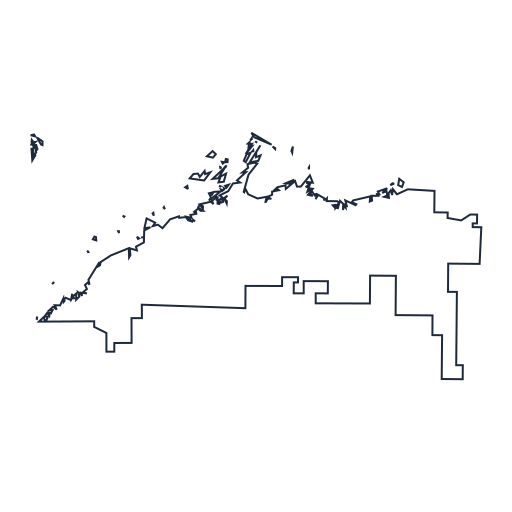 Karratha, Western Australia, Australia (orthographic projection)
{"feature_id": "25037944B65347816419811", "entity_name": "Karratha", "entity_type": "district", "adm_level": 2, "iso_a3": "AUS", "parent_name": "Australia", "parent_adm1": "Western Australia", "projection": "orthographic", "projection_center": [116.53, -21.039], "detail": "fine", "context": "isolated", "style": "outline", "palette": "slate", "viewbox_px": 512, "rotation_deg": 0, "n_neighbors": 0, "source": "geoboundaries", "source_scale": "gbopen_adm2", "svg_char_len": 6046}
<svg xmlns="http://www.w3.org/2000/svg" viewBox="0 0 512 512"><path d="M456.2,365.2L456.9,291.9L448.0,291.9L448.2,263.6L479.6,263.9L481.3,227.2L472.7,227.1L472.7,223.4L477.0,223.4L477.1,214.6L470.3,214.5L461.2,220.4L447.6,218.0L447.7,212.5L434.3,212.3L434.5,190.9L407.8,189.3L396.9,194.3L393.0,189.2L392.1,195.0L390.8,190.2L388.6,193.2L388.9,197.9L384.2,196.8L387.3,195.5L386.5,191.2L382.3,192.9L387.2,188.3L377.8,191.5L379.3,194.2L377.0,194.1L377.3,195.2L378.7,195.1L378.6,195.8L371.6,195.8L372.1,200.6L369.8,201.5L370.2,196.4L353.2,200.4L351.8,202.2L356.3,204.2L355.6,205.2L345.3,200.4L346.7,205.6L344.1,204.3L343.7,205.7L345.6,205.4L345.7,207.6L344.4,205.8L343.0,209.9L343.2,203.9L340.0,200.8L337.6,209.0L337.7,206.1L335.6,208.1L336.1,205.3L334.7,207.4L332.8,205.3L335.9,204.8L337.2,205.4L339.0,202.6L337.3,201.2L326.7,201.1L326.9,198.4L325.7,199.7L323.4,199.9L325.6,199.1L316.6,193.9L314.7,194.4L317.6,195.8L315.5,199.2L317.3,196.0L315.1,195.8L311.9,191.2L310.4,194.4L312.8,195.9L308.0,194.8L312.8,188.8L308.6,188.3L310.1,189.9L307.4,191.6L309.7,184.9L308.3,186.1L305.6,187.2L309.7,184.0L307.0,183.0L307.0,181.9L312.8,182.7L309.9,175.4L300.8,186.6L297.0,186.6L295.1,181.1L285.8,188.9L285.5,185.3L277.4,187.2L275.3,189.2L277.6,189.1L278.9,190.2L272.1,191.6L272.1,194.8L267.1,197.0L271.4,198.9L267.2,198.2L267.9,200.1L267.3,199.2L266.0,201.8L265.5,201.9L266.6,196.8L257.6,198.5L248.2,194.3L245.3,188.6L244.2,192.3L243.7,191.9L248.5,174.7L257.3,163.5L254.2,162.7L247.5,164.1L248.1,167.8L242.3,172.5L245.9,172.2L237.0,180.4L240.1,182.5L232.9,183.5L228.3,191.1L219.7,195.4L223.7,198.5L227.4,195.6L223.7,199.6L224.9,199.3L226.9,201.2L226.7,203.5L224.8,199.4L223.7,199.9L219.6,198.4L223.2,200.2L223.2,201.9L220.4,202.8L219.2,199.2L219.2,204.0L217.5,203.6L217.7,196.4L216.6,200.6L216.4,197.2L212.6,200.4L211.2,200.7L212.0,200.8L213.4,204.1L210.9,201.7L199.8,204.3L203.0,206.4L202.9,208.5L199.9,204.9L198.1,207.3L198.8,208.3L199.8,208.5L201.2,210.0L202.0,209.6L203.3,210.8L200.5,210.8L198.2,208.5L194.1,211.9L195.3,212.8L195.5,212.0L196.0,212.1L196.3,213.8L190.4,215.0L191.6,217.9L186.3,216.7L188.1,219.5L188.9,219.4L190.1,219.6L192.2,221.4L192.6,220.3L193.4,219.9L195.0,221.5L193.4,220.1L192.2,221.6L188.2,220.3L185.8,217.1L179.2,217.8L179.0,216.3L170.1,219.3L162.5,228.2L157.9,224.7L152.8,226.1L155.2,222.7L146.6,218.4L144.4,228.2L150.3,227.3L144.2,230.5L143.9,242.4L136.0,246.7L136.9,250.4L129.8,248.3L130.4,255.2L129.1,257.4L128.8,248.2L110.9,255.4L100.6,262.1L100.0,265.3L98.0,266.4L99.5,262.0L88.5,279.7L89.5,284.7L87.8,282.5L85.0,285.0L86.9,289.0L82.7,292.5L86.9,293.4L81.0,292.7L82.3,295.7L78.1,292.3L79.3,296.6L76.1,299.8L76.2,293.6L73.1,296.2L74.5,299.2L73.2,296.9L71.6,299.0L72.2,293.7L71.0,300.0L65.6,297.8L64.1,299.5L64.6,300.8L63.7,301.9L63.4,298.3L60.1,305.4L54.7,305.2L56.7,309.5L53.0,306.8L49.3,310.2L52.5,310.1L51.0,313.3L47.8,312.1L49.5,313.9L49.3,315.8L47.2,312.9L44.4,316.6L47.9,316.7L45.8,321.6L94.2,321.3L94.2,326.9L106.4,333.0L106.4,351.7L114.3,351.7L114.3,343.0L131.6,342.9L131.5,318.1L141.9,318.1L141.8,304.7L245.4,308.2L245.5,285.9L282.1,286.0L282.1,277.2L298.0,277.2L298.0,282.4L293.8,282.4L293.7,293.3L303.7,293.3L303.7,281.1L327.9,281.2L327.8,293.4L315.7,293.3L315.7,303.3L369.9,303.5L370.1,275.6L395.9,275.8L395.6,315.1L432.5,315.4L432.4,335.1L442.1,335.2L441.7,379.0L462.7,379.2L462.8,365.2L456.2,365.2ZM260.4,145.3L249.7,162.4L258.3,160.8L260.5,155.4L256.0,157.2L256.4,151.9L260.4,145.3ZM204.1,180.5L210.3,172.3L205.1,174.1L204.6,171.0L199.8,176.9L198.0,173.6L193.5,174.0L189.7,178.4L204.1,180.5ZM212.0,192.5L208.9,193.3L211.0,197.6L208.9,200.5L220.6,191.4L213.7,191.9L211.4,195.6L212.0,192.5ZM225.1,167.3L212.6,178.9L218.2,178.3L225.1,167.3ZM254.3,137.3L271.6,144.7L251.4,132.8L254.3,137.3ZM398.2,185.1L402.0,187.0L403.7,182.3L399.2,178.8L398.2,185.1ZM215.8,154.2L212.6,151.1L206.9,156.3L213.0,157.6L215.8,154.2ZM32.9,149.4L31.5,148.9L32.3,160.4L35.7,154.7L33.2,156.8L32.3,156.4L33.0,149.9L34.0,155.9L36.2,152.3L34.2,143.9L32.9,149.4ZM226.0,173.7L220.7,176.4L218.5,182.4L223.8,181.7L226.0,173.7ZM243.8,160.8L245.7,162.2L250.6,152.7L246.5,154.3L243.8,160.8ZM251.0,145.8L245.7,154.0L252.5,145.7L251.0,145.8ZM45.5,321.6L43.6,317.2L39.0,321.6L42.7,321.6L45.5,321.6ZM37.0,137.5L41.0,144.5L42.5,145.1L42.5,141.4L37.0,137.5ZM289.1,183.7L294.3,179.7L285.7,183.2L289.1,183.7ZM292.9,146.5L291.4,151.0L292.2,152.8L292.9,146.5ZM92.9,239.3L96.2,240.4L96.0,237.1L94.4,236.6L92.9,239.3ZM248.9,143.9L248.4,148.5L251.8,143.9L249.5,144.3L248.9,143.9ZM225.1,185.8L226.5,187.7L228.7,184.7L225.1,185.8ZM225.1,162.2L227.5,162.1L227.7,159.4L225.8,159.0L225.1,162.2ZM139.1,238.4L137.0,236.7L138.0,238.9L139.1,238.4ZM185.2,187.3L187.4,188.6L187.8,188.4L187.3,185.9L185.2,187.3ZM34.0,134.5L30.7,135.2L35.2,136.4L34.0,134.5ZM275.3,148.2L272.6,146.5L275.2,149.1L275.3,148.2ZM35.5,141.9L32.3,142.4L31.4,144.3L32.9,144.1L35.5,141.9ZM221.9,161.8L222.8,163.6L224.5,162.2L221.9,161.8ZM220.2,167.1L220.5,169.0L220.8,167.4L220.2,167.1ZM152.6,213.4L153.8,215.7L153.4,212.8L152.6,213.4ZM249.6,144.0L249.7,142.0L247.8,143.7L249.6,144.0ZM141.7,236.5L142.4,238.3L142.2,237.4L141.7,236.5ZM88.4,252.0L87.2,250.6L88.1,252.1L88.4,252.0ZM33.1,141.6L31.8,139.9L31.6,141.7L33.1,141.6ZM221.1,189.5L222.1,191.0L222.9,190.2L221.1,189.5ZM163.6,207.7L164.9,209.1L164.0,207.1L163.6,207.7ZM36.0,144.2L35.9,148.1L36.9,147.4L36.0,144.2ZM390.3,185.1L393.4,184.0L393.4,183.5L392.5,183.3L390.3,185.1ZM119.1,233.0L118.8,231.1L118.1,231.2L119.1,233.0ZM37.3,149.2L35.9,148.7L36.8,149.9L37.3,149.2ZM308.6,168.0L309.0,169.3L309.0,167.3L308.6,168.0ZM37.2,316.5L36.7,318.8L36.9,318.9L37.2,316.5ZM223.9,188.2L224.2,189.2L224.6,188.7L223.9,188.2ZM250.3,140.3L251.8,139.1L251.8,138.0L250.3,140.3ZM252.2,151.4L253.3,151.2L253.2,150.2L252.2,151.4ZM255.5,141.7L257.2,142.6L255.3,141.4L255.5,141.7ZM32.6,145.1L33.6,145.6L33.0,144.3L32.6,145.1ZM225.6,167.1L226.5,165.4L225.0,166.9L225.6,167.1ZM52.2,284.2L53.6,282.6L53.8,281.9L52.2,284.2ZM122.7,215.7L124.1,216.9L124.4,216.5L122.7,215.7ZM219.2,185.7L220.3,186.5L220.6,186.3L219.2,185.7Z" fill="none" stroke="#1e293b" stroke-width="2"/></svg>